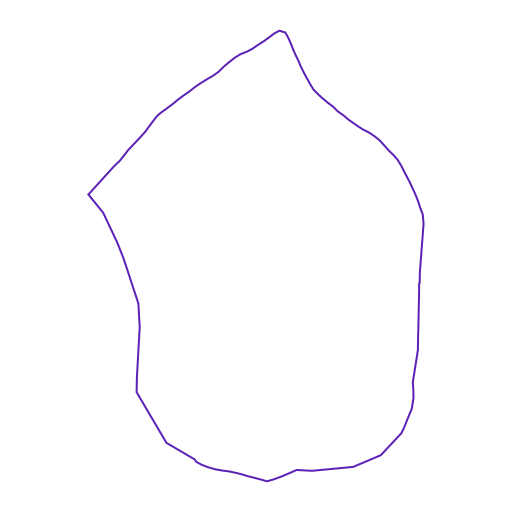 Bidbadah, Ma'rib, Yemen (orthographic projection)
{"feature_id": "15242507B34447312884568", "entity_name": "Bidbadah", "entity_type": "district", "adm_level": 2, "iso_a3": "YEM", "parent_name": "Yemen", "parent_adm1": "Ma'rib", "projection": "orthographic", "projection_center": [44.747, 15.403], "detail": "fine", "context": "isolated", "style": "outline", "palette": "violet", "viewbox_px": 512, "rotation_deg": 0, "n_neighbors": 0, "source": "geoboundaries", "source_scale": "gbopen_adm2", "svg_char_len": 1874}
<svg xmlns="http://www.w3.org/2000/svg" viewBox="0 0 512 512"><path d="M136.9,377.3L136.6,392.1L148.8,412.9L166.5,442.9L194.5,459.3L196.5,462.0L201.8,464.8L208.2,467.3L215.3,469.3L221.9,470.5L229.1,471.4L229.8,471.6L235.2,472.7L242.0,474.4L248.3,476.3L255.0,478.0L261.2,479.6L261.6,479.7L266.9,481.3L273.9,479.3L281.0,476.7L287.9,473.8L294.1,471.1L296.5,470.0L312.2,470.8L353.2,466.9L363.6,462.5L380.8,455.2L401.3,433.3L404.0,427.8L409.2,414.9L411.8,408.7L413.5,397.8L413.4,390.6L412.8,382.3L417.9,350.0L418.1,336.4L418.3,329.9L419.1,291.3L419.1,283.7L419.5,283.3L419.7,283.1L419.8,273.2L423.5,224.8L423.6,223.8L423.4,221.8L422.7,214.2L420.1,207.6L418.1,201.3L417.6,200.0L415.6,194.9L413.0,189.2L410.1,183.0L407.1,177.2L406.3,175.6L404.2,171.6L401.1,165.5L397.5,159.7L393.4,155.0L388.6,150.3L384.5,145.7L379.6,140.3L377.2,138.4L374.5,136.2L370.3,133.4L369.1,132.6L363.2,129.6L358.1,126.4L353.3,123.0L348.3,119.5L343.8,115.6L337.7,111.3L335.4,109.0L333.0,106.6L327.8,102.7L323.3,98.9L322.5,98.4L318.0,94.1L313.5,89.6L309.9,83.7L307.4,79.1L307.0,78.5L304.1,73.1L303.7,72.3L301.0,66.9L298.3,60.5L295.5,54.8L293.1,49.4L290.9,43.8L288.3,37.9L285.3,32.5L279.4,30.7L274.2,33.5L268.5,37.8L263.7,41.3L257.7,45.1L252.5,48.7L247.1,51.6L242.5,53.4L240.8,54.0L234.8,57.7L229.3,62.0L223.7,66.7L222.7,67.7L218.4,71.9L213.1,75.7L210.4,77.3L207.7,78.8L202.3,82.2L201.0,82.9L194.6,87.3L189.2,91.6L183.3,95.7L179.3,98.6L178.4,99.3L173.6,103.3L173.1,103.7L166.7,108.5L165.5,109.4L163.4,110.9L161.8,112.0L160.8,112.8L157.1,115.9L152.7,121.6L150.2,125.0L148.9,126.7L145.2,131.8L140.7,136.8L139.2,138.4L136.2,141.6L132.0,146.0L127.8,150.5L126.1,152.8L124.0,155.5L119.6,161.0L113.9,166.4L88.4,194.5L103.2,212.8L112.6,232.7L117.6,243.4L123.1,257.3L123.2,257.5L126.6,267.6L133.8,289.7L136.3,297.1L138.4,303.6L139.7,327.4L138.0,357.5L136.9,377.3Z" fill="none" stroke="#5b21b6" stroke-width="2"/></svg>